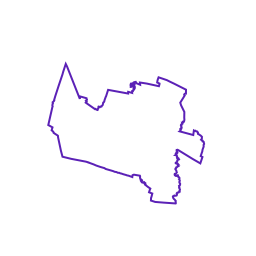 outline of Racari, Dâmbovita, Romania, rotated 52°
{"feature_id": "2599482B12647526032204", "entity_name": "Racari", "entity_type": "district", "adm_level": 2, "iso_a3": "ROU", "parent_name": "Romania", "parent_adm1": "Dâmbovita", "projection": "robinson", "projection_center": [25.768, 44.664], "detail": "fine", "context": "isolated", "style": "outline", "palette": "violet", "viewbox_px": 256, "rotation_deg": 52, "n_neighbors": 0, "source": "geoboundaries", "source_scale": "gbopen_adm2", "svg_char_len": 5633}
<svg xmlns="http://www.w3.org/2000/svg" viewBox="0 0 256 256"><g transform="rotate(52 128 128)"><path d="M117.4,191.7L128.6,181.9L130.7,180.4L130.8,180.5L132.0,179.7L135.5,177.5L138.1,176.1L141.9,173.6L145.2,171.2L146.4,170.9L152.9,166.2L153.7,165.8L154.5,165.3L155.5,164.3L157.1,163.5L157.9,162.5L159.0,162.0L159.9,161.2L161.5,160.2L163.8,158.5L164.8,157.9L165.8,157.0L169.3,154.8L168.0,153.5L168.0,153.4L168.4,152.1L172.9,148.0L173.5,148.2L174.8,149.3L175.9,149.4L176.1,149.5L176.3,149.9L176.5,150.0L177.0,149.8L177.3,149.2L177.7,149.1L177.9,149.1L178.0,149.3L177.9,149.6L177.7,149.9L177.7,150.2L177.8,150.4L178.4,150.4L178.9,150.2L179.2,150.5L179.7,150.4L180.5,149.6L180.5,149.3L180.4,148.9L180.4,148.7L180.5,148.6L181.1,148.6L181.2,148.8L181.0,149.1L181.3,149.2L181.5,149.1L181.8,148.4L182.1,148.3L182.5,148.7L183.0,148.8L183.0,149.1L182.7,149.3L182.9,149.5L186.6,148.6L189.5,147.7L190.4,149.3L190.5,149.4L191.6,151.0L194.6,149.2L196.7,151.9L197.3,152.9L199.3,154.6L203.0,152.1L208.7,145.9L216.8,136.9L216.7,136.6L216.4,136.4L215.1,135.7L214.9,135.3L213.3,135.3L212.2,135.5L211.2,135.5L210.9,135.3L210.0,135.1L209.6,134.8L209.5,134.5L209.5,134.3L209.9,133.7L209.7,133.1L209.8,132.9L210.7,132.2L211.1,131.3L210.8,130.6L210.2,130.1L209.5,129.9L209.3,129.2L209.3,128.8L209.6,128.5L209.7,128.2L209.9,128.0L210.0,127.8L209.8,127.3L210.0,126.5L209.3,126.4L208.8,125.3L208.7,125.1L208.4,124.9L207.2,124.7L207.1,124.4L206.9,124.3L206.7,124.4L206.4,124.4L206.0,124.1L205.9,123.8L205.7,123.6L205.0,123.4L205.0,123.1L205.1,122.9L204.9,122.0L204.2,121.4L203.8,121.1L202.9,121.2L202.1,120.8L201.9,120.3L201.4,119.6L200.8,119.4L200.0,119.3L199.9,119.3L199.9,119.0L199.1,118.2L198.4,118.1L197.9,118.2L197.7,118.5L196.8,118.2L196.5,118.0L195.9,117.8L195.7,118.1L195.9,118.9L195.2,119.8L194.6,119.8L194.1,120.2L193.2,119.8L193.0,119.5L193.3,119.3L193.5,118.6L193.0,116.8L192.1,116.6L191.6,116.3L191.1,116.1L189.7,116.1L189.4,115.9L189.3,115.7L189.1,115.3L189.2,114.8L188.9,114.5L188.7,114.2L189.0,113.6L188.8,112.6L188.7,112.2L189.0,112.1L189.1,111.7L188.5,111.6L188.3,111.4L188.2,111.6L187.9,111.6L187.6,111.0L187.4,110.9L187.5,110.8L186.9,110.8L186.3,111.4L185.6,111.9L185.1,112.1L184.8,111.9L184.7,111.7L184.9,111.2L184.9,110.0L183.8,109.1L183.7,108.7L183.8,108.0L184.1,107.6L184.1,107.4L183.5,107.6L183.4,107.5L183.4,107.0L183.3,106.9L183.0,106.9L182.7,107.0L182.7,107.4L182.6,107.6L182.2,107.4L181.9,107.7L181.7,107.5L181.4,107.5L180.7,107.3L180.6,107.1L180.7,106.9L180.6,106.7L180.3,106.6L179.6,106.7L179.0,106.5L178.7,106.9L178.7,106.5L178.5,106.4L178.0,106.7L177.9,106.6L178.1,106.2L177.6,105.8L177.7,105.7L178.2,105.7L178.4,105.6L178.3,105.3L178.2,105.2L177.8,105.2L177.7,105.1L178.0,104.8L178.0,104.4L177.9,104.2L177.2,104.1L176.6,103.5L176.0,103.8L175.9,103.7L176.1,103.4L176.0,103.2L175.4,103.3L175.3,103.2L175.5,103.0L175.6,102.4L176.1,102.1L192.2,96.1L200.4,92.8L196.7,87.2L194.9,88.0L192.7,84.7L192.3,84.0L191.9,83.6L190.9,82.5L189.3,79.9L187.8,78.8L187.5,77.9L187.1,77.6L186.1,77.2L185.5,76.9L185.3,77.0L184.5,77.5L184.3,77.4L184.0,77.0L183.8,77.0L183.3,77.4L182.7,77.4L182.2,77.6L182.0,76.8L181.8,76.3L180.9,75.6L180.6,75.2L180.0,75.2L178.6,75.4L177.8,75.7L176.5,76.1L175.7,76.5L175.5,76.4L174.7,75.7L174.1,75.7L173.6,75.6L173.4,75.6L172.8,76.3L171.7,76.5L171.5,77.2L171.0,77.4L170.5,77.6L173.7,80.9L162.4,89.4L162.4,89.1L162.5,88.4L162.2,88.2L162.0,87.7L161.3,87.7L160.9,87.3L161.0,87.1L161.5,86.9L161.3,86.2L161.1,86.0L160.6,85.8L160.6,85.4L160.3,85.2L159.7,85.3L159.2,84.8L158.8,84.7L158.9,84.4L158.6,83.9L158.3,83.8L158.0,83.8L158.0,83.5L158.0,83.3L157.9,83.0L158.1,82.6L157.5,82.2L157.2,82.1L157.6,81.7L156.8,80.8L156.9,80.6L157.5,80.3L157.5,80.1L156.9,79.2L156.1,78.4L154.6,77.4L150.0,73.7L142.8,72.2L140.2,71.2L137.3,63.3L136.4,63.3L136.0,62.5L136.1,61.7L136.4,61.2L136.5,61.1L133.5,58.7L121.4,64.4L117.0,66.6L114.2,67.9L106.9,72.7L108.2,74.8L109.0,75.8L110.1,77.0L112.4,75.8L112.7,76.0L114.1,77.9L104.6,85.8L99.5,90.6L101.4,91.8L97.9,93.8L96.4,93.5L95.9,94.5L96.0,94.7L95.6,95.3L95.6,95.8L96.6,95.9L96.9,96.3L97.1,96.5L97.4,96.5L97.4,96.0L97.5,95.9L97.7,96.0L97.9,96.1L97.9,96.7L97.6,97.1L97.3,97.3L97.0,97.3L96.7,97.0L96.5,97.4L96.2,97.5L96.4,97.9L96.3,98.2L96.0,98.3L95.8,98.2L95.6,97.8L95.4,97.7L95.1,97.9L94.8,98.2L94.8,98.4L95.7,99.6L96.6,100.0L97.3,100.6L97.5,100.4L97.5,100.2L97.1,99.7L97.0,99.2L96.7,99.0L97.4,98.7L97.6,98.7L97.8,98.8L98.1,98.6L98.6,98.6L98.2,98.0L98.7,97.8L98.8,97.5L99.1,97.4L99.1,97.9L99.3,97.4L100.5,97.8L100.7,98.0L100.8,98.2L100.8,98.6L100.6,99.1L100.9,99.1L101.4,99.3L101.5,99.5L101.3,100.2L101.4,100.6L101.4,101.0L101.5,101.1L102.0,101.5L101.8,101.9L101.4,101.9L101.4,102.0L102.2,102.4L102.2,102.7L102.1,103.1L102.7,103.3L99.6,105.6L100.1,106.1L100.9,106.7L85.7,120.2L89.6,125.9L89.7,126.3L91.7,129.5L92.3,130.1L92.7,130.9L92.8,131.3L92.7,131.9L93.1,132.3L94.1,133.5L94.4,134.0L94.4,134.8L94.8,135.7L94.7,135.9L94.3,136.1L94.2,136.3L94.3,136.8L94.3,137.3L93.2,137.8L93.0,138.0L93.2,138.4L93.4,138.5L94.0,138.9L94.3,139.8L95.0,140.6L95.1,140.9L94.9,141.1L94.1,141.5L92.9,141.8L92.4,142.3L92.5,142.5L82.0,145.7L81.9,145.3L82.0,144.6L81.9,144.3L81.6,144.2L80.6,144.4L80.5,143.6L80.6,143.4L80.5,143.0L80.3,142.8L79.4,142.7L79.0,142.4L78.0,143.1L73.5,146.4L74.8,147.4L74.6,147.8L42.1,138.2L39.2,137.6L43.9,144.6L45.4,146.6L52.2,156.9L58.2,165.8L60.7,169.3L60.9,169.2L61.1,169.5L61.3,170.7L61.3,171.5L61.7,171.8L62.3,171.9L62.8,172.9L63.2,173.1L63.6,173.7L63.9,173.9L64.5,174.0L65.1,174.9L76.6,189.0L81.0,187.1L82.8,189.6L84.6,189.2L85.7,189.3L85.9,189.6L86.1,189.6L90.8,188.0L91.0,188.0L92.4,188.9L104.7,194.9L110.3,197.3L117.4,191.7Z" fill="none" stroke="#5b21b6" stroke-width="2"/></g></svg>